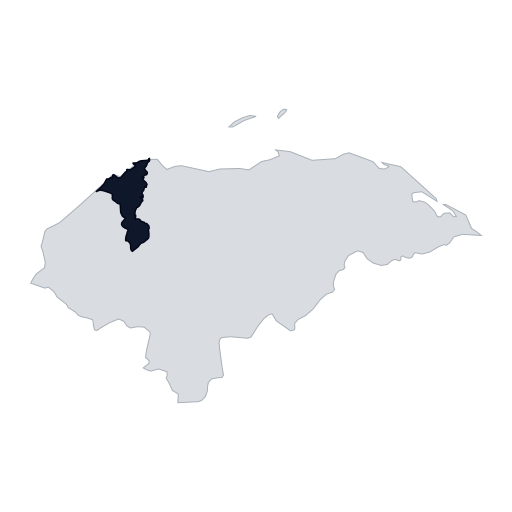 Honduras, with Cortés highlighted
{"feature_id": "HND-647", "entity_name": "Cortés", "entity_type": "Department", "adm_level": 1, "iso_a3": "HND", "parent_name": "Honduras", "parent_adm1": "", "projection": "robinson", "projection_center": [-87.947, 15.362], "detail": "fine", "context": "in_parent", "style": "filled", "palette": "ink", "viewbox_px": 512, "rotation_deg": 0, "n_neighbors": 0, "source": "natural_earth", "source_scale": "10m", "svg_char_len": 5167}
<svg xmlns="http://www.w3.org/2000/svg" viewBox="0 0 512 512"><path d="M481.3,235.5L462.6,234.3L453.8,236.9L449.9,242.6L446.6,245.2L443.8,244.6L438.2,246.9L429.8,252.0L422.2,254.0L415.4,252.7L413.4,254.0L412.9,255.7L411.9,257.3L409.3,258.2L406.2,257.7L402.8,255.9L401.0,256.7L400.8,260.0L399.0,260.9L395.5,259.3L391.6,260.6L387.3,264.5L381.2,265.4L373.3,263.1L367.2,258.8L362.9,252.4L357.7,250.8L348.6,255.5L344.9,261.1L344.1,264.5L345.0,267.5L343.3,269.6L339.1,270.6L335.9,274.4L333.7,280.9L333.3,285.9L334.6,289.5L332.5,292.1L327.0,293.8L320.5,299.4L313.1,309.0L305.6,315.6L298.2,319.4L294.6,323.6L294.9,328.3L294.4,329.7L293.0,330.3L290.6,330.9L276.2,320.8L272.1,313.8L268.6,314.9L264.1,318.4L257.8,326.3L251.0,337.1L247.7,338.3L230.7,336.7L221.8,337.6L219.9,339.1L219.1,343.0L219.6,348.3L222.1,367.2L223.5,375.0L222.1,377.4L217.6,377.8L211.6,378.9L208.4,382.4L207.6,386.1L207.3,391.2L205.4,396.5L201.8,400.3L198.2,401.7L177.9,402.7L178.3,394.0L172.4,390.4L169.1,383.1L166.2,378.2L167.2,375.2L166.9,371.7L158.6,369.0L150.9,371.1L146.5,369.7L143.2,367.9L148.8,363.5L149.2,360.9L147.4,359.0L145.6,357.7L146.1,352.8L147.3,347.0L150.4,333.5L149.2,331.2L144.1,327.1L137.6,326.7L130.4,328.0L126.9,325.9L123.9,321.3L118.7,319.0L109.6,322.7L100.0,328.3L97.1,330.4L94.6,330.1L93.5,325.9L93.0,321.0L92.5,319.7L87.3,318.0L81.3,316.7L78.3,315.3L75.4,312.0L68.2,307.6L66.6,304.4L57.0,297.0L55.1,293.3L52.9,290.7L48.3,287.2L44.7,288.1L32.6,283.8L30.7,283.4L32.4,279.7L36.2,274.0L44.6,267.6L45.3,262.4L43.1,252.5L41.0,246.1L42.1,243.2L44.8,231.7L46.8,229.0L58.8,223.1L60.0,222.3L69.5,214.1L80.0,205.0L91.0,195.0L103.3,183.8L110.0,177.3L113.2,174.4L120.2,176.8L125.8,171.5L129.0,169.7L136.5,163.4L138.8,162.0L151.3,159.4L157.4,159.4L162.7,165.9L166.9,169.4L174.9,166.4L181.5,165.7L209.0,171.7L219.8,169.0L239.9,168.5L248.9,169.9L261.6,161.5L269.7,159.8L279.3,155.8L278.0,151.8L275.7,149.9L290.3,151.7L312.1,160.3L335.3,158.7L343.7,154.1L349.1,152.8L372.9,161.6L379.2,168.4L384.1,169.1L387.8,167.5L388.9,166.1L384.2,164.6L382.0,162.5L400.8,166.7L436.2,198.7L437.0,201.3L421.9,191.8L413.9,192.6L411.8,194.1L412.3,199.3L413.0,201.7L416.5,202.0L419.0,200.6L425.2,202.3L429.3,205.7L434.4,211.0L437.4,216.7L440.6,216.8L443.8,213.3L449.8,212.9L453.7,216.8L456.4,216.5L452.6,210.6L443.4,204.6L445.6,204.4L465.8,215.0L471.6,228.4L476.3,231.5L481.3,235.5ZM244.2,120.5L232.6,127.0L228.9,126.9L234.3,121.9L242.8,117.6L250.1,115.5L256.1,116.4L244.2,120.5ZM283.9,113.6L278.4,118.4L277.4,116.3L280.1,111.8L283.4,109.3L286.6,109.5L285.8,111.5L283.9,113.6Z" fill="#d9dde1" stroke="#a8b0b8" stroke-width="1"/><path d="M112.2,177.8L112.7,176.7L112.6,175.8L112.8,175.1L113.7,174.7L114.1,174.9L117.4,177.5L119.2,178.1L121.1,177.2L125.3,172.2L127.1,171.0L126.7,169.7L127.4,169.4L130.3,169.8L134.5,167.0L135.0,165.9L135.2,165.0L134.8,164.7L134.0,164.4L133.3,163.8L133.0,163.2L133.3,163.0L136.3,162.9L137.5,162.5L138.7,161.6L140.9,160.8L147.1,160.3L148.4,159.9L148.8,158.7L149.4,158.5L149.6,160.5L149.2,161.3L148.5,161.7L147.7,162.6L147.3,163.3L146.6,165.3L146.1,166.2L145.0,167.5L144.6,168.2L144.6,169.1L145.7,170.5L146.0,171.6L146.6,171.4L147.0,171.8L147.3,172.6L147.2,173.5L146.8,174.4L146.2,174.8L145.1,175.1L142.9,176.7L142.5,177.6L143.8,177.9L142.8,179.2L144.0,180.7L145.9,182.4L147.0,184.3L146.8,184.6L146.3,186.7L146.3,187.0L145.8,187.3L145.3,187.2L144.9,187.1L144.7,187.0L144.2,188.1L143.9,189.5L143.5,190.7L142.8,191.2L142.0,192.7L142.2,193.9L142.9,194.9L143.2,196.0L143.0,197.5L142.5,197.4L141.7,196.7L140.9,196.7L140.4,197.5L140.9,197.9L141.8,198.5L142.5,199.3L142.8,200.4L142.5,201.1L141.4,202.1L139.7,205.4L139.1,206.1L138.9,206.3L138.5,206.5L137.9,207.1L137.4,207.4L136.5,207.7L136.1,207.8L136.0,208.1L136.1,208.4L136.2,208.6L136.2,208.9L136.0,209.3L135.1,210.4L135.2,210.9L135.2,211.5L135.1,212.0L134.9,212.6L135.0,213.5L134.4,214.6L134.7,215.3L135.0,215.2L135.4,215.0L135.6,215.1L135.7,216.2L135.5,217.4L135.5,218.0L135.3,218.8L135.3,219.1L135.6,219.4L137.1,218.9L138.5,219.0L139.3,219.2L140.4,220.2L140.7,220.5L140.9,220.9L141.0,221.3L141.1,221.6L141.5,221.7L142.6,221.7L142.9,221.8L143.2,222.1L143.4,222.2L144.2,222.2L144.5,222.6L144.7,223.4L145.1,223.6L145.4,223.6L146.6,223.4L148.7,225.7L148.8,226.3L149.1,227.1L149.1,227.8L149.2,228.2L149.0,228.5L148.8,228.7L148.6,229.3L148.5,229.9L148.9,233.6L148.9,236.3L148.5,238.1L147.3,239.3L144.0,242.0L142.7,242.7L141.1,243.1L140.8,243.4L139.2,245.2L138.2,246.7L132.4,251.3L131.6,250.7L131.1,249.9L130.7,248.5L130.6,245.1L130.0,243.2L127.8,240.9L126.2,240.8L125.8,240.7L125.6,239.4L126.1,235.9L126.5,235.2L127.5,231.4L128.4,230.3L128.1,229.7L127.6,229.5L127.1,229.0L126.6,228.7L125.0,228.1L122.9,226.6L122.0,225.5L121.5,224.1L121.9,222.5L124.8,219.0L125.2,217.7L123.8,217.2L122.9,216.5L122.3,216.0L120.7,212.5L120.2,204.4L120.0,204.0L118.2,203.6L117.4,203.2L116.5,202.5L115.4,201.5L113.2,200.1L112.8,199.5L112.4,199.0L112.3,198.5L112.2,198.0L112.3,197.4L112.4,196.4L112.4,196.0L112.3,195.2L112.3,194.6L112.2,194.2L111.7,193.8L110.7,193.1L103.8,190.8L100.0,190.1L95.9,191.7L100.8,187.4L104.1,183.8L106.3,179.6L106.7,179.0L108.3,178.9L109.4,178.5L110.5,177.8L111.7,177.2L112.2,177.8Z" fill="#0f172a" stroke="#020617" stroke-width="1.5"/></svg>